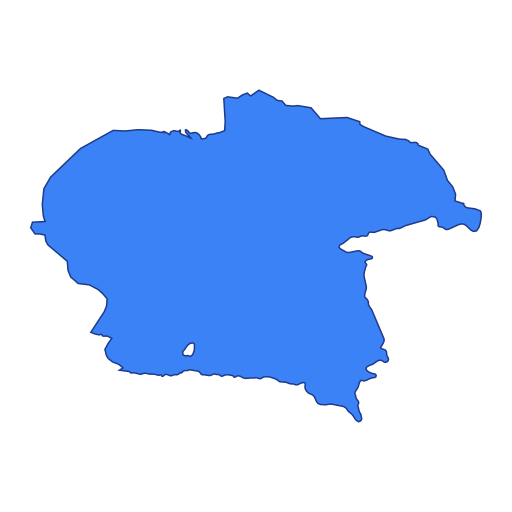 an SVG outline of Almaty
{"feature_id": "KAZ-3207", "entity_name": "Almaty", "entity_type": "Region", "adm_level": 1, "iso_a3": "KAZ", "parent_name": "Kazakhstan", "parent_adm1": "", "projection": "natural_earth1", "projection_center": [78.658, 44.747], "detail": "fine", "context": "isolated", "style": "filled", "palette": "blue", "viewbox_px": 512, "rotation_deg": 0, "n_neighbors": 0, "source": "natural_earth", "source_scale": "10m", "svg_char_len": 5442}
<svg xmlns="http://www.w3.org/2000/svg" viewBox="0 0 512 512"><path d="M463.8,203.0L463.5,204.4L465.4,207.0L467.2,207.8L474.9,208.8L480.2,210.8L481.0,212.0L481.3,214.4L481.2,217.0L480.3,222.8L478.9,227.5L476.6,230.9L473.4,231.4L470.9,230.1L466.4,225.7L464.0,224.2L461.5,223.9L458.7,224.6L449.0,229.0L446.5,229.6L444.4,228.7L443.4,227.7L442.6,227.2L439.1,226.7L438.4,226.3L438.1,225.4L438.1,223.9L437.7,221.7L436.9,219.0L435.5,217.1L433.8,216.9L431.7,216.4L429.6,217.3L425.5,219.9L405.2,225.7L401.1,227.8L399.0,228.5L396.7,228.5L390.5,230.8L389.1,230.8L384.9,229.6L382.4,229.6L374.3,232.4L370.7,232.1L369.6,232.2L368.6,233.0L367.6,235.3L366.8,236.0L365.5,236.1L361.7,235.9L358.1,237.3L354.4,236.7L352.1,236.9L350.0,237.7L348.1,239.4L343.0,243.4L340.7,244.5L339.6,245.2L338.9,247.1L340.2,248.7L346.5,252.3L349.0,252.5L358.1,250.7L359.5,250.9L360.4,251.3L363.0,253.2L371.3,256.1L372.2,256.6L372.4,257.4L372.2,258.3L371.4,258.8L368.0,259.5L366.3,260.3L365.2,261.5L365.2,262.2L365.4,262.8L366.3,263.9L366.7,264.7L366.5,265.4L365.7,266.8L364.4,271.8L364.0,274.4L364.1,276.7L366.3,286.3L366.3,288.8L364.9,293.5L364.6,295.9L364.9,297.1L365.7,298.0L367.3,299.6L367.9,300.7L368.3,301.8L368.4,303.0L368.4,304.3L369.0,305.7L369.8,307.2L371.7,309.7L377.9,324.4L384.1,339.0L384.0,341.2L383.2,343.2L380.6,347.7L381.4,348.7L383.3,349.2L385.4,350.1L386.1,351.0L386.5,352.1L386.6,353.4L386.7,354.7L387.0,355.9L388.2,358.0L388.5,359.2L388.2,360.6L387.4,361.6L386.4,362.1L385.3,362.3L384.2,362.1L381.6,360.3L379.4,360.2L377.2,361.1L373.2,364.0L368.7,365.8L366.6,367.1L365.9,368.9L366.9,370.5L368.6,371.9L372.2,373.5L374.5,373.8L375.6,374.4L376.2,375.5L375.9,376.8L374.8,377.5L372.2,377.8L368.3,379.2L367.3,379.9L364.9,380.8L364.0,380.9L362.2,380.5L361.3,380.4L360.4,380.9L359.4,382.6L358.3,386.5L357.4,388.4L355.6,391.1L355.1,392.1L354.9,393.5L355.2,394.5L355.6,395.6L356.1,398.1L356.7,399.1L358.1,401.0L358.6,402.1L358.7,402.9L358.4,403.8L357.8,405.0L357.9,405.8L359.1,411.0L359.5,412.0L360.0,413.0L360.7,413.9L361.7,418.6L361.3,420.0L360.7,420.8L358.7,421.8L356.5,420.5L354.9,418.6L353.5,416.3L351.8,414.2L348.4,411.4L346.4,408.6L345.7,407.8L343.5,406.5L332.0,404.2L329.7,404.1L325.6,404.8L320.6,404.5L318.0,403.5L316.6,401.7L314.2,396.5L312.6,394.9L308.5,393.1L306.6,391.3L305.9,390.1L305.3,388.9L305.0,387.6L305.0,386.1L305.3,383.6L304.9,382.9L303.6,382.6L301.5,382.9L297.5,384.8L295.6,384.8L293.6,384.0L290.1,383.8L286.0,382.3L279.7,381.7L278.9,381.2L277.1,379.8L274.9,378.7L269.9,377.0L266.4,376.7L264.2,376.9L263.1,377.2L261.2,378.4L260.3,378.7L259.2,378.6L257.1,377.9L256.1,377.7L253.7,378.0L251.4,377.9L245.8,378.4L243.5,378.0L240.6,376.4L239.4,376.0L238.2,375.9L237.1,376.0L236.6,376.2L235.7,376.8L234.4,377.3L233.8,376.9L233.5,376.5L233.3,376.1L232.9,375.7L229.5,374.9L226.0,374.8L225.0,375.0L222.2,376.2L221.4,376.2L220.4,375.7L219.5,375.0L218.5,374.5L216.4,374.5L215.0,374.0L214.2,374.0L213.4,374.2L211.2,375.1L209.5,375.6L204.4,374.8L203.5,374.8L202.7,374.8L201.8,374.6L201.0,374.0L199.6,372.1L199.0,371.6L197.2,371.0L191.4,370.1L190.4,369.7L189.4,369.8L187.3,370.6L185.0,370.6L184.0,370.8L183.0,371.4L181.9,372.6L181.5,372.9L181.2,372.9L180.3,372.7L179.9,372.8L179.8,373.0L179.7,373.3L179.5,373.6L177.5,374.6L176.5,374.8L174.2,374.7L172.2,375.5L171.1,375.8L169.8,375.6L167.1,374.5L165.7,374.3L164.8,374.7L163.2,376.1L162.3,376.4L161.8,376.1L161.2,375.1L160.7,374.8L160.1,374.8L159.0,375.3L158.5,375.3L154.1,374.1L149.4,374.1L145.6,373.2L144.3,373.2L140.9,374.3L139.7,374.2L135.7,373.1L133.6,372.8L131.0,373.0L130.9,373.0L129.2,371.5L119.4,370.2L123.0,367.8L118.7,364.3L112.7,362.0L108.3,358.6L106.8,356.2L106.1,354.6L105.7,352.5L104.9,349.5L108.3,343.1L111.8,338.4L107.5,336.1L102.9,336.1L101.3,334.2L99.2,334.9L95.1,334.0L90.8,332.3L104.2,311.8L106.6,306.0L107.1,298.8L103.1,294.0L98.1,289.5L89.4,284.9L78.2,283.5L70.7,277.0L68.0,270.3L67.3,261.3L47.9,244.9L45.7,240.7L45.0,235.1L40.0,234.0L35.0,233.9L30.7,227.8L32.5,222.2L45.2,221.5L44.0,218.4L43.2,214.9L42.3,204.3L43.9,188.7L50.6,177.1L80.5,148.5L113.2,130.4L125.1,131.0L138.3,129.7L151.7,130.3L160.2,132.3L162.9,132.0L163.3,132.6L163.9,132.7L164.1,131.5L168.3,133.7L169.4,134.6L169.8,134.7L170.1,133.9L170.1,133.0L170.2,132.6L170.4,132.3L170.8,131.9L171.3,131.6L173.8,130.7L174.4,130.7L177.0,131.3L178.1,131.3L179.1,131.0L180.1,130.1L180.4,130.7L180.5,131.3L180.3,131.9L179.8,132.3L180.5,133.5L181.9,134.4L186.6,136.1L189.5,137.6L190.9,138.1L189.6,136.5L187.5,134.4L185.7,132.2L185.4,130.1L186.1,129.7L187.2,130.3L189.7,132.9L190.2,133.2L190.7,133.3L191.4,133.2L192.6,132.8L195.2,132.5L197.4,133.2L199.3,134.9L200.9,137.2L201.0,137.7L200.9,138.1L200.9,138.5L201.7,138.9L202.2,139.0L205.7,138.2L206.4,137.4L206.9,136.4L207.5,135.5L208.6,134.8L209.7,134.4L213.9,134.0L217.7,132.8L219.1,132.9L220.1,132.4L224.6,130.7L225.2,121.6L223.8,98.5L227.6,96.8L237.5,98.2L242.4,94.9L247.3,93.1L250.6,96.0L258.9,90.2L273.4,97.3L277.3,100.4L282.2,101.1L285.7,105.4L292.9,106.1L297.8,105.6L311.1,107.8L320.4,118.7L347.1,117.5L359.7,121.7L360.0,124.5L364.0,126.8L385.8,136.1L399.8,139.2L405.5,139.4L408.9,141.0L410.3,142.6L416.0,142.4L417.9,143.6L418.1,145.2L427.8,149.1L430.1,154.2L443.8,170.2L447.5,180.5L452.7,186.8L455.6,194.3L455.0,200.9L462.7,203.4L463.8,203.1L463.8,203.0ZM190.7,356.4L192.8,354.4L194.3,350.2L194.5,344.2L192.6,342.8L189.6,343.6L187.7,345.2L186.0,347.4L184.3,350.0L182.9,351.3L182.8,354.4L184.7,355.8L187.9,355.6L190.7,356.4Z" fill="#3b82f6" stroke="#1e3a8a" stroke-width="1.5"/></svg>